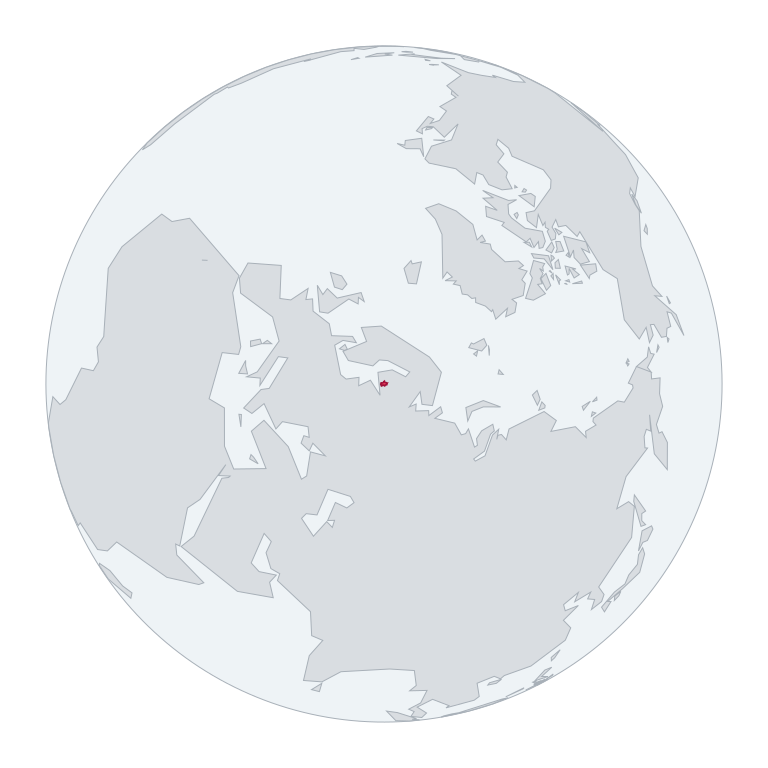 Päijät-Häme highlighted on a globe, orthographic projection, rotated 74°
{"feature_id": "FIN-3184", "entity_name": "Päijät-Häme", "entity_type": "Province", "adm_level": 1, "iso_a3": "FIN", "parent_name": "Finland", "parent_adm1": "", "projection": "orthographic", "projection_center": [25.782, 61.243], "detail": "fine", "context": "on_globe", "style": "filled", "palette": "rose", "viewbox_px": 768, "rotation_deg": 74, "n_neighbors": 0, "source": "natural_earth", "source_scale": "10m", "svg_char_len": 12369}
<svg xmlns="http://www.w3.org/2000/svg" viewBox="0 0 768 768"><g transform="rotate(74 384 384)"><circle cx="384" cy="384" r="338" fill="#eef3f6" stroke="#a8b0b8"/><path d="M78.4,239.8L81.9,232.7L108.3,188.6L125.6,166.2L144.8,145.3L145.3,144.8L151.8,139.0L201.5,103.9L165.2,126.7L178.5,116.1L195.1,105.0L193.0,107.1L213.8,96.8L230.1,88.6L255.9,82.8L273.0,91.0L263.4,93.2L268.6,95.4L280.9,93.0L287.8,90.9L322.6,99.1L363.7,98.9L376.4,92.7L373.8,99.4L397.9,84.0L420.1,82.3L395.1,88.2L392.6,92.0L407.7,92.5L408.4,96.6L416.1,99.4L415.6,104.4L401.1,108.1L400.4,111.6L411.2,111.8L417.4,117.4L401.8,116.4L411.1,126.2L388.5,135.3L347.0,130.7L334.4,141.9L291.6,153.8L295.4,157.7L281.7,165.5L281.0,173.0L273.3,173.6L279.5,179.2L286.7,177.3L291.8,179.3L292.1,183.7L282.2,185.0L280.7,183.0L277.9,185.7L272.9,184.6L275.5,187.6L263.6,189.0L275.7,194.3L266.4,201.1L258.4,200.2L259.0,191.6L241.7,169.9L233.8,167.2L222.0,171.8L200.4,198.1L191.7,199.2L180.2,207.1L185.0,210.2L195.8,205.3L202.0,213.5L214.4,207.0L218.7,209.6L231.6,207.0L229.9,217.0L221.2,228.3L210.4,231.2L206.3,236.5L216.8,241.8L196.9,255.6L184.1,279.8L178.9,282.6L168.5,272.8L168.0,251.8L154.4,241.1L163.4,258.0L150.3,265.7L148.2,271.3L149.0,277.0L154.1,278.1L149.6,283.1L139.1,267.7L143.0,263.0L146.3,267.7L145.9,258.1L138.8,248.7L132.7,253.8L128.3,235.8L123.9,239.4L120.5,237.7L127.8,233.1L114.6,241.4L108.5,224.8L90.3,240.1L107.9,217.2L114.1,205.3L120.0,192.5L117.0,194.7L128.9,176.2L132.8,165.4L124.0,170.2L111.8,184.3L99.6,203.3L100.6,204.2L94.3,217.4L88.8,220.4L76.1,247.2L71.6,255.2L68.9,262.0L78.4,239.8ZM65.3,271.8L62.7,279.5L58.0,295.6L58.1,298.8L56.9,311.0L53.1,320.3L55.3,320.9L52.6,334.0L52.2,365.6L51.3,365.2L50.5,403.3L55.5,438.0L56.6,451.9L55.4,452.6L58.5,464.3L58.7,467.3L76.3,513.6L89.7,542.4L92.3,551.7L87.0,545.2L87.1,545.4L76.6,524.3L67.5,502.4L60.0,480.0L54.1,457.1L49.8,433.8L47.1,410.3L46.1,386.7L46.7,363.0L49.0,339.5L53.0,316.1L58.5,293.1L59.5,289.7L62.1,281.3L62.2,280.7L65.3,271.8ZM85.8,243.3L71.8,279.6L75.0,263.6L75.3,265.5L79.8,255.2L86.7,238.9L90.8,226.0L85.8,243.3ZM90.3,248.9L92.3,243.3L91.0,248.3L90.3,248.9ZM290.8,89.5L281.1,92.6L269.7,93.5L277.6,90.3L290.8,89.5ZM312.6,89.6L308.3,91.8L302.9,88.4L307.1,88.1L312.6,89.6ZM385.4,87.6L377.4,88.1L385.0,86.3L385.4,87.6ZM417.3,98.9L419.3,97.6L422.4,99.7L417.3,98.9ZM231.7,201.8L231.6,204.3L229.2,203.5L231.7,201.8ZM237.3,198.3L234.7,195.5L236.9,193.5L238.5,195.3L237.3,198.3ZM424.5,109.4L428.9,113.3L421.9,109.9L424.5,109.4ZM240.1,202.3L241.3,190.3L245.4,186.9L255.0,190.8L240.1,202.3ZM429.8,116.1L440.7,126.2L446.2,123.9L436.8,136.5L430.7,123.5L421.2,119.4L428.1,119.2L429.8,116.1ZM288.8,174.8L281.2,177.0L287.3,171.2L288.8,174.8ZM291.5,170.6L303.0,150.8L314.5,150.1L308.3,156.7L323.0,152.8L322.9,162.2L314.8,166.4L307.4,164.9L313.1,169.7L291.5,170.6ZM429.8,142.1L430.3,145.3L427.0,142.7L429.8,142.1ZM294.3,179.6L295.6,175.5L305.7,174.5L304.9,182.6L301.9,180.3L294.3,179.6ZM326.8,147.4L334.2,148.3L336.1,156.1L339.2,157.6L323.9,162.4L326.8,147.4ZM299.8,182.8L304.2,186.8L299.8,191.4L293.7,183.6L299.8,182.8ZM308.6,170.9L313.3,170.9L310.4,173.5L308.6,170.9ZM286.4,210.4L287.8,205.2L293.1,204.2L286.4,210.4ZM306.2,188.0L307.7,186.4L310.0,185.5L311.9,189.1L306.2,188.0ZM326.3,167.7L325.6,170.9L332.7,166.1L334.5,172.0L323.9,174.2L329.2,175.7L329.8,177.6L320.5,177.4L326.3,167.7ZM320.7,190.1L307.9,195.5L304.2,205.2L299.3,206.3L306.1,190.5L320.7,190.1ZM321.4,182.6L319.9,187.4L314.6,186.2L312.4,182.1L321.4,182.6ZM339.5,175.3L339.5,165.6L341.8,165.5L339.5,175.3ZM320.7,193.1L323.8,191.8L321.0,194.0L320.7,193.1ZM334.9,180.9L334.6,177.5L337.2,177.4L334.9,180.9ZM330.2,192.2L326.1,193.8L324.4,191.0L330.2,192.2ZM333.2,187.2L336.9,188.0L326.3,189.0L332.6,185.6L333.2,187.2ZM337.4,181.4L338.9,180.3L337.1,182.9L337.4,181.4ZM338.7,202.0L325.9,204.1L322.3,197.8L335.3,196.6L338.7,202.0ZM333.7,718.2L328.8,717.3L304.9,705.8L314.4,701.1L311.4,694.2L285.3,670.4L291.1,659.7L284.0,652.4L269.4,649.7L261.1,640.3L252.3,637.2L196.8,617.2L179.8,598.0L159.4,550.8L169.4,543.0L171.1,525.2L239.9,493.5L254.5,504.3L308.7,511.4L315.5,515.6L309.2,530.9L350.0,556.2L363.0,544.0L399.8,554.5L424.3,551.9L432.8,520.7L392.8,524.5L385.8,509.4L417.8,493.3L452.8,489.6L451.1,483.7L429.0,473.4L436.9,460.2L421.3,468.7L427.7,474.3L418.0,480.0L411.6,475.3L414.7,470.6L404.1,468.8L392.2,492.0L397.4,500.3L369.8,504.7L375.9,519.1L368.4,525.5L355.4,503.7L356.6,495.6L332.4,469.3L328.6,478.0L351.2,503.7L344.2,501.3L339.2,514.1L337.4,502.5L313.8,473.0L288.8,472.6L257.1,496.8L242.4,493.8L230.2,481.4L241.7,450.1L273.1,460.5L277.5,450.4L271.2,430.6L281.3,435.8L282.5,429.2L294.4,432.1L311.0,420.0L323.1,421.1L329.6,401.1L336.7,399.2L330.8,411.4L333.1,420.7L363.0,423.1L368.8,419.1L370.7,406.2L378.7,408.8L376.6,396.0L393.8,390.9L371.1,386.6L372.7,372.2L383.0,361.2L379.5,355.9L362.6,373.8L359.6,381.8L363.5,389.7L351.6,411.8L341.3,414.4L338.3,389.0L323.4,390.2L327.6,370.6L370.6,332.9L388.5,325.6L418.1,343.4L414.0,353.1L401.3,351.3L413.0,366.1L412.1,358.6L418.7,361.0L421.9,348.4L426.7,349.6L421.5,335.8L427.8,335.8L431.0,344.6L441.1,326.8L454.2,323.7L454.2,319.2L450.4,315.2L469.6,314.4L468.7,311.1L462.0,310.1L455.9,303.0L452.7,290.5L459.5,290.9L461.6,295.4L476.2,305.9L480.8,318.5L483.3,317.5L480.9,306.7L463.0,293.8L459.1,286.2L468.3,290.9L464.7,288.6L464.9,285.0L471.4,281.9L461.7,276.2L454.6,237.7L466.6,228.4L475.6,236.6L477.8,211.8L491.2,204.4L485.0,203.3L481.9,191.5L477.7,193.5L474.5,192.2L464.7,163.9L467.7,158.0L456.5,145.7L453.4,145.3L450.5,148.9L436.8,136.5L446.2,123.9L452.9,125.4L454.2,116.9L469.3,121.8L482.3,122.3L498.0,133.3L507.0,133.2L506.5,129.9L518.3,127.7L544.4,135.3L525.6,143.4L486.8,137.2L502.8,140.6L499.9,144.3L506.1,148.4L517.3,150.8L518.2,148.3L539.7,176.8L568.1,194.6L564.5,181.3L570.6,177.1L599.8,188.3L638.3,233.6L647.0,230.5L653.1,234.8L658.0,246.8L649.2,240.9L646.7,247.5L641.0,242.6L645.9,260.7L637.9,254.6L645.6,272.2L651.9,272.3L650.5,258.2L660.6,276.7L669.9,271.7L680.2,280.3L695.6,320.5L697.4,348.7L699.5,353.3L695.4,358.6L697.3,377.0L710.6,378.6L712.8,384.4L712.4,413.7L711.1,410.2L700.5,424.2L703.7,441.2L712.0,433.8L715.0,439.6L710.9,449.7L707.2,445.3L703.4,449.9L700.7,436.7L690.4,427.1L686.0,443.9L682.7,436.1L667.8,433.8L659.5,457.2L648.7,504.7L653.2,525.8L646.8,543.1L624.5,530.7L613.6,513.5L606.0,522.9L582.6,517.4L543.6,540.6L537.6,536.5L530.3,543.6L513.7,543.9L504.4,535.8L494.6,540.4L519.4,561.0L529.9,555.8L538.0,540.2L543.0,548.6L558.9,549.4L542.9,582.1L484.3,623.8L477.9,608.5L429.9,565.8L431.0,559.2L430.7,558.5L430.1,557.3L426.4,568.3L417.9,558.3L444.2,592.6L448.9,607.0L483.4,625.0L480.4,628.4L491.3,630.3L525.4,612.0L525.7,617.3L510.0,646.0L462.2,684.5L468.2,695.9L464.2,704.9L433.8,714.3L435.8,717.0L420.0,719.6L418.6,720.1L417.2,720.3L389.4,721.9L361.5,721.2L333.7,718.2ZM216.5,519.5L214.7,524.9L216.5,519.5ZM490.4,500.3L510.9,493.8L500.5,477.0L507.6,473.2L501.4,469.1L499.7,475.8L484.5,463.4L492.9,453.9L489.8,445.5L482.8,447.3L469.8,466.9L491.4,484.5L487.2,494.5L490.4,500.3ZM52.3,366.5L51.9,372.2L51.6,367.1L52.3,366.5ZM73.0,264.6L71.2,271.0L69.4,275.5L70.3,271.1L73.0,264.6ZM64.0,318.2L63.1,326.4L63.0,319.3L64.0,318.2ZM70.2,285.2L64.6,312.0L64.4,299.5L68.4,282.8L67.1,292.3L70.2,285.2ZM86.1,250.3L84.4,254.8L83.2,255.0L86.1,250.3ZM89.3,252.6L89.6,251.2L91.4,248.2L89.3,252.6ZM150.9,266.6L151.6,267.9L151.3,274.0L149.2,271.9L150.9,266.6ZM163.9,297.7L156.4,305.1L160.2,298.2L155.8,296.4L158.2,280.0L176.5,283.2L167.8,284.5L163.9,297.7ZM166.6,259.7L163.0,269.3L166.2,258.7L166.6,259.7ZM277.8,392.1L281.8,398.1L277.2,404.9L261.9,404.8L268.4,394.9L277.8,392.1ZM288.5,405.3L289.8,380.8L299.3,380.3L293.7,384.7L299.9,386.8L292.6,394.4L300.5,418.3L296.9,426.0L270.7,420.9L281.2,418.1L276.7,412.2L288.5,405.3ZM276.3,323.8L276.9,314.4L296.7,325.2L293.8,332.8L278.4,332.9L272.8,324.0L276.3,323.8ZM256.8,212.2L255.8,208.8L258.5,208.3L261.6,210.8L256.8,212.2ZM286.6,208.1L264.1,227.0L261.8,223.9L251.3,239.3L241.2,237.3L248.3,227.3L232.7,237.6L235.0,227.8L225.1,235.8L241.9,213.7L243.4,205.7L245.6,215.3L254.9,217.3L259.4,215.7L273.1,205.5L280.9,189.7L291.3,189.6L296.6,193.7L296.4,197.5L289.7,196.3L294.1,202.2L284.2,203.4L286.6,208.1ZM352.9,248.5L345.2,244.4L352.5,258.7L342.6,259.0L344.1,260.7L337.0,265.1L330.9,273.4L326.4,272.2L326.0,276.0L321.3,279.1L319.1,284.0L310.4,283.7L307.1,289.8L304.8,286.2L301.5,296.8L300.0,288.8L293.7,292.5L298.5,298.3L256.2,287.0L239.6,289.2L226.6,295.6L225.8,281.7L237.5,267.0L255.1,254.6L271.2,254.8L267.9,248.7L274.6,247.1L274.4,252.6L278.8,243.3L284.3,243.5L299.9,233.9L302.8,220.9L308.6,217.3L310.2,222.5L314.9,215.3L321.8,222.8L326.1,220.5L337.3,225.8L337.9,237.6L342.6,234.2L351.3,238.4L352.9,248.5ZM341.7,203.9L344.6,217.3L340.7,224.3L322.9,212.2L318.1,213.3L306.5,206.2L312.5,196.4L315.3,199.2L319.3,199.7L315.8,202.6L321.7,200.7L325.6,204.7L331.2,204.4L330.6,208.8L341.7,203.9ZM323.2,510.5L328.5,512.0L336.7,512.4L333.7,520.7L323.2,510.5ZM306.7,490.7L311.5,490.5L311.3,501.9L305.9,500.5L306.7,490.7ZM314.3,480.9L311.8,489.6L309.9,484.1L314.3,480.9ZM335.2,410.6L340.3,409.7L340.8,412.8L337.9,417.1L335.2,410.6ZM372.4,292.5L368.6,288.7L370.2,286.9L367.9,275.4L375.1,274.5L379.2,281.0L372.4,292.5ZM426.0,527.0L418.9,533.8L415.2,531.3L418.4,529.5L426.0,527.0ZM374.0,529.5L385.8,533.4L373.1,531.8L374.0,529.5ZM379.8,289.6L378.0,284.9L382.7,287.4L379.8,289.6ZM380.2,273.2L385.7,275.0L375.7,273.0L380.2,273.2ZM520.2,686.4L495.4,702.8L480.0,707.7L478.0,706.9L487.8,698.9L506.1,690.9L515.3,683.8L520.2,686.4ZM714.9,452.7L710.9,465.4L699.1,471.7L703.5,461.8L714.6,445.0L714.1,449.4L716.6,442.4L715.4,450.1L714.9,452.7ZM720.0,420.4L719.9,421.0L719.5,418.1L719.8,409.9L720.6,402.6L719.4,357.5L719.8,351.2L721.3,366.9L721.4,365.4L721.8,392.9L720.0,420.4ZM654.6,526.3L661.9,530.9L657.8,537.9L654.6,526.3ZM715.4,334.4L718.2,353.2L714.6,333.1L715.4,334.4ZM711.2,319.1L712.8,322.0L711.6,323.3L711.2,319.1ZM702.7,358.6L702.0,367.2L700.3,364.9L700.2,352.4L702.7,358.6ZM688.0,287.9L694.2,295.4L696.2,299.4L692.9,298.6L688.0,287.9ZM438.2,278.2L433.4,294.9L434.6,307.0L442.7,313.7L429.2,311.8L427.3,293.1L438.2,278.2ZM451.9,242.5L444.7,237.2L449.0,235.0L451.3,236.0L451.9,242.5ZM446.7,242.4L435.5,244.4L432.4,238.6L441.7,238.1L446.7,242.4ZM407.7,266.7L405.8,271.6L402.0,269.4L407.7,266.7ZM715.6,318.9L715.6,321.9L717.3,332.2L712.3,307.6L713.4,308.8L715.6,318.9ZM713.1,313.4L714.9,323.0L712.0,310.4L713.1,313.4ZM714.4,323.0L712.8,319.7L712.3,314.3L714.4,323.0ZM712.5,309.7L709.4,301.3L710.6,302.4L712.5,309.7ZM708.6,313.1L710.4,307.0L710.9,320.8L703.3,308.2L702.5,300.8L708.6,313.1ZM655.6,222.3L651.5,220.6L648.6,213.5L652.3,216.6L655.6,222.3ZM635.5,190.1L646.5,211.1L654.7,228.9L655.7,225.8L663.8,234.9L658.5,236.4L647.5,219.8L642.6,207.5L635.0,201.3L627.2,190.1L618.3,186.4L612.7,180.5L619.2,180.3L635.5,190.1ZM614.6,185.4L596.3,176.4L594.1,165.9L597.6,165.5L607.0,173.9L607.6,178.9L614.6,185.4ZM591.3,171.3L591.7,176.2L565.7,176.3L559.6,173.9L578.2,167.5L579.6,171.9L586.4,173.9L591.3,171.3ZM433.8,144.7L430.6,145.2L432.3,142.9L433.8,144.7ZM472.3,193.6L468.2,191.4L470.3,188.4L472.3,193.6ZM458.2,183.7L458.6,188.6L455.3,183.2L458.2,183.7ZM460.2,199.7L457.5,190.4L464.2,199.5L460.2,199.7Z" fill="#d9dde1" stroke="#a8b0b8" stroke-width="1"/><path d="M385.5,381.8L385.5,382.0L385.4,382.0L385.4,382.3L385.3,382.5L385.3,382.8L385.4,383.0L385.5,383.1L385.4,383.2L385.5,383.3L385.7,383.5L385.8,383.5L386.0,383.6L386.1,383.8L385.9,383.9L385.8,384.1L385.7,384.2L385.5,384.5L385.2,384.6L384.9,384.6L384.8,384.8L384.9,385.0L385.0,385.2L385.0,385.3L385.0,385.5L384.9,385.5L384.7,385.7L384.8,385.8L385.0,385.8L385.0,386.0L384.9,386.2L384.9,386.3L385.1,386.5L385.2,386.9L385.3,386.9L385.3,387.0L385.2,387.1L384.7,387.2L384.4,387.1L383.5,387.3L383.4,387.3L383.3,387.2L383.2,387.0L383.2,386.9L383.2,386.7L382.8,386.8L382.7,386.9L382.4,386.6L382.3,386.4L382.1,386.5L382.0,386.4L382.2,386.0L382.2,385.8L382.3,385.7L382.5,385.6L382.4,385.4L382.5,385.3L382.6,385.0L382.6,384.8L382.5,384.7L382.5,384.4L382.4,384.2L382.0,383.9L381.9,383.9L381.7,383.8L381.6,383.7L381.5,383.4L381.5,383.1L381.5,382.9L381.4,382.7L381.7,382.7L381.7,382.8L382.9,382.6L383.0,382.5L383.1,382.3L383.1,382.1L383.2,381.6L383.3,381.4L383.4,381.5L383.5,381.4L383.9,381.3L384.0,381.3L384.1,381.1L384.2,380.9L384.2,380.7L384.3,380.8L384.2,380.9L384.3,381.0L384.3,380.9L384.5,380.9L384.5,381.0L384.8,381.1L384.8,381.3L384.8,381.5L385.0,381.7L385.3,381.6L385.5,381.6L385.5,381.8L385.5,381.8Z" fill="#f43f5e" stroke="#9f1239" stroke-width="1.5"/></g></svg>